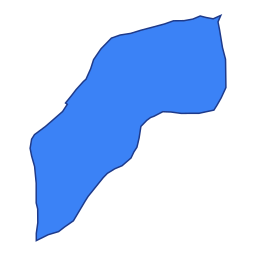 Egor, Edo, Nigeria
{"feature_id": "59680162B99535636657731", "entity_name": "Egor", "entity_type": "district", "adm_level": 2, "iso_a3": "NGA", "parent_name": "Nigeria", "parent_adm1": "Edo", "projection": "orthographic", "projection_center": [5.585, 6.346], "detail": "fine", "context": "isolated", "style": "filled", "palette": "blue", "viewbox_px": 256, "rotation_deg": 0, "n_neighbors": 0, "source": "geoboundaries", "source_scale": "gbopen_adm2", "svg_char_len": 1033}
<svg xmlns="http://www.w3.org/2000/svg" viewBox="0 0 256 256"><path d="M220.8,15.4L213.2,18.8L206.1,17.5L200.2,16.0L192.8,19.1L183.9,20.7L173.5,20.8L164.7,23.9L152.8,27.1L141.0,30.2L130.6,33.4L120.2,35.0L111.4,38.1L101.0,48.8L93.6,59.6L90.7,68.7L86.0,79.2L83.4,81.5L76.1,89.6L71.5,95.6L65.5,103.0L67.3,104.3L62.6,111.5L53.8,119.2L44.9,126.9L44.3,127.3L34.5,134.6L31.6,139.2L30.1,148.3L31.6,155.9L34.6,166.5L36.2,183.2L36.2,193.8L36.2,202.9L37.7,209.0L37.8,222.7L36.3,233.3L36.3,240.6L48.2,234.7L58.6,231.6L64.5,227.0L73.4,220.8L85.2,201.0L88.1,196.4L102.9,178.0L104.1,176.7L107.3,173.4L114.7,168.8L122.1,165.7L131.0,158.0L133.9,151.9L136.9,147.3L138.0,142.8L138.5,140.5L139.1,138.0L140.9,126.4L146.8,120.3L150.6,117.5L153.9,116.3L162.8,111.7L170.9,112.0L181.2,113.4L183.1,113.4L183.8,113.4L189.5,113.3L190.1,113.3L194.9,113.3L199.0,113.3L206.4,111.7L213.9,110.1L216.8,105.5L221.2,97.8L225.9,87.6L225.6,62.9L225.5,59.2L222.5,47.7L221.0,38.6L219.5,29.5L218.0,21.9L220.8,15.4Z" fill="#3b82f6" stroke="#1e3a8a" stroke-width="1.5"/></svg>